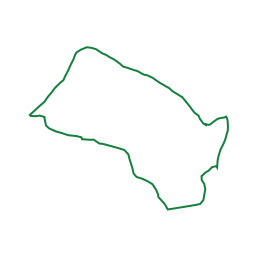 Pategi, Kwara, Nigeria, rotated 199°
{"feature_id": "59680162B29829764060990", "entity_name": "Pategi", "entity_type": "district", "adm_level": 2, "iso_a3": "NGA", "parent_name": "Nigeria", "parent_adm1": "Kwara", "projection": "mercator", "projection_center": [5.775, 8.653], "detail": "fine", "context": "isolated", "style": "outline", "palette": "green", "viewbox_px": 256, "rotation_deg": 199, "n_neighbors": 0, "source": "geoboundaries", "source_scale": "gbopen_adm2", "svg_char_len": 1668}
<svg xmlns="http://www.w3.org/2000/svg" viewBox="0 0 256 256"><g transform="rotate(199 128 128)"><path d="M38.9,170.7L40.7,169.1L43.7,167.6L46.3,165.7L49.6,161.2L51.1,158.5L52.8,157.2L54.6,157.0L55.6,157.0L55.3,156.2L57.9,156.6L60.3,158.2L62.9,160.0L65.3,162.6L70.2,164.2L73.6,166.4L76.4,168.4L86.9,174.9L87.1,174.9L90.7,175.7L98.0,177.3L102.0,179.1L103.8,179.4L105.6,179.7L112.7,181.1L117.1,182.3L121.1,183.5L123.1,183.7L126.6,184.1L129.8,183.7L132.4,183.9L137.4,184.9L141.3,184.7L145.7,184.7L149.1,184.7L152.7,184.5L155.8,185.9L160.2,187.3L160.7,187.5L163.6,188.3L168.9,189.1L171.9,189.9L177.5,190.3L179.1,190.9L184.0,192.1L188.8,191.9L193.2,190.9L194.1,190.2L194.3,190.0L197.9,186.9L201.3,182.7L201.8,180.2L201.9,179.3L201.9,175.3L202.7,169.8L203.3,163.0L204.3,156.2L204.7,152.0L206.7,149.0L208.3,145.7L210.2,141.9L211.8,136.7L213.8,131.7L215.6,125.5L219.0,119.6L225.1,108.3L223.8,107.8L221.2,108.5L219.4,109.0L215.4,111.0L210.6,111.2L209.5,109.0L206.3,103.6L205.2,103.1L202.1,101.9L194.8,101.3L188.4,101.7L182.2,101.7L174.1,103.6L168.9,104.0L167.9,102.4L160.4,104.4L156.6,105.8L150.1,104.0L146.5,104.8L141.1,105.2L140.6,105.2L131.2,105.8L124.3,106.0L119.1,103.2L115.7,98.1L111.2,92.1L107.8,86.7L104.0,84.5L99.3,84.6L98.8,84.7L96.6,84.5L92.5,84.1L91.6,83.9L86.7,82.9L81.2,78.6L77.8,74.8L76.8,72.6L74.0,71.1L69.8,68.8L68.2,67.7L67.5,67.2L63.9,63.9L39.3,77.1L35.1,79.6L33.3,84.4L35.0,95.4L37.7,99.9L41.3,102.8L42.8,106.4L40.3,111.1L38.0,113.7L35.8,118.3L32.2,120.7L30.9,119.7L32.7,126.5L33.3,131.0L33.5,137.7L32.7,143.1L32.3,148.6L32.6,152.9L32.7,153.7L32.7,157.4L33.9,161.7L36.3,167.6L37.5,169.3L38.9,170.7Z" fill="none" stroke="#15803d" stroke-width="2"/></g></svg>